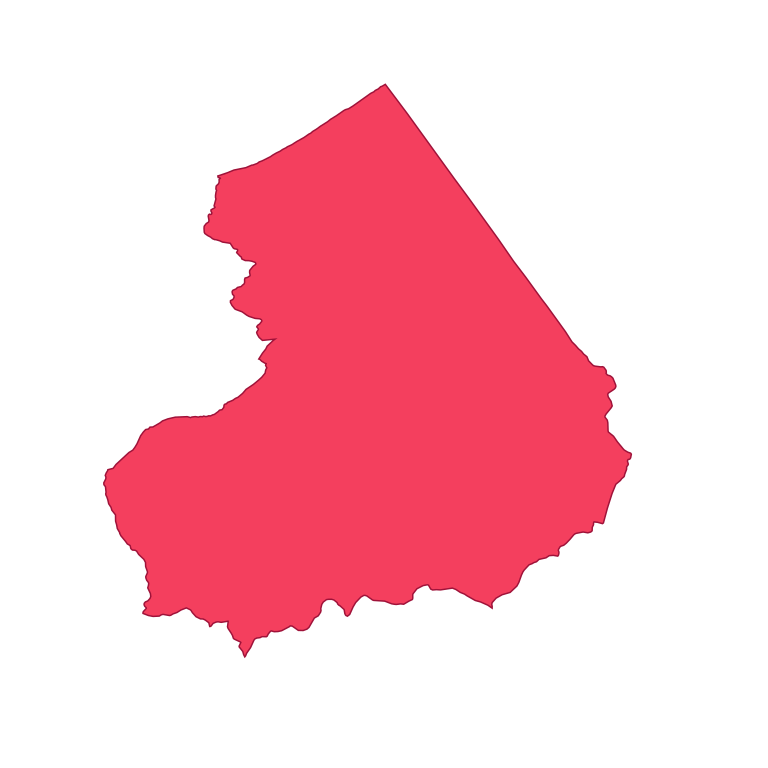 outline of Chepen, La Libertad, Peru, rotated 101°
{"feature_id": "86281439B86274987783552", "entity_name": "Chepen", "entity_type": "district", "adm_level": 2, "iso_a3": "PER", "parent_name": "Peru", "parent_adm1": "La Libertad", "projection": "mercator", "projection_center": [-79.436, -7.136], "detail": "fine", "context": "isolated", "style": "filled", "palette": "rose", "viewbox_px": 768, "rotation_deg": 101, "n_neighbors": 0, "source": "geoboundaries", "source_scale": "gbopen_adm2", "svg_char_len": 6165}
<svg xmlns="http://www.w3.org/2000/svg" viewBox="0 0 768 768"><g transform="rotate(101 384 384)"><path d="M583.4,235.1L581.6,235.4L579.6,236.2L577.9,236.1L572.8,233.1L568.3,227.8L564.5,220.4L557.0,215.0L553.1,213.8L545.3,212.6L542.0,211.8L539.9,210.9L533.8,207.1L532.0,204.2L530.7,202.8L529.4,200.4L526.6,198.4L523.7,191.8L521.0,189.1L519.9,185.1L519.8,180.6L518.8,180.1L517.0,180.0L515.6,180.2L514.1,181.1L512.9,181.1L510.2,180.1L509.4,179.3L508.0,176.8L505.5,174.7L500.8,171.7L495.9,169.0L494.9,168.2L493.9,166.8L491.3,160.3L491.2,155.5L489.9,152.9L489.0,152.0L488.2,151.7L484.9,152.2L482.2,151.5L480.3,151.8L479.3,151.5L479.0,148.0L479.4,142.9L478.5,142.1L463.1,141.0L447.8,139.2L438.2,137.3L433.5,133.5L431.6,132.6L429.5,130.9L428.6,130.5L426.8,130.5L421.6,129.6L419.0,130.0L416.9,129.0L416.0,128.9L413.3,130.3L412.3,130.3L411.5,129.9L411.1,128.8L410.4,128.1L409.3,127.8L405.7,127.8L404.8,128.7L404.4,131.7L403.0,135.5L402.0,136.9L396.2,143.9L391.5,148.7L388.4,154.5L387.3,155.1L379.3,156.9L376.9,157.9L374.4,160.7L373.3,161.0L371.0,160.2L363.9,156.4L362.0,155.8L357.7,157.8L353.9,161.4L351.6,162.4L350.2,162.1L345.1,157.0L344.0,156.3L342.4,155.9L340.9,156.3L334.6,160.4L333.5,162.0L332.8,163.7L332.6,166.3L331.3,168.0L329.9,168.0L328.2,168.6L325.6,171.4L325.3,172.7L325.8,174.4L326.2,180.4L326.0,181.9L325.2,183.3L322.2,187.6L318.5,190.0L316.5,193.8L314.3,196.3L312.3,199.9L309.6,203.3L306.8,207.5L298.0,215.9L276.6,238.7L270.4,245.7L252.0,265.4L238.9,280.1L220.3,299.1L185.4,336.3L169.0,354.2L114.0,412.9L89.6,439.9L92.0,442.6L92.8,444.0L95.4,445.9L97.5,448.6L99.1,449.7L101.2,452.5L117.2,467.7L120.6,471.4L122.1,474.3L123.4,475.8L129.9,482.1L134.3,486.9L137.4,489.5L142.9,495.4L146.8,499.0L149.7,502.2L152.0,504.0L152.8,505.2L157.5,509.8L162.6,515.9L166.9,520.4L169.7,524.3L170.6,525.0L173.2,528.4L175.2,530.3L177.8,533.8L180.6,537.0L182.5,538.8L188.2,546.2L189.9,549.0L191.6,550.4L194.1,554.5L194.4,555.6L198.0,560.9L202.6,572.1L206.6,578.2L211.5,586.8L212.9,586.2L212.9,584.6L213.3,584.0L214.7,584.9L217.5,584.3L219.3,584.8L221.4,586.4L222.3,586.5L224.7,586.2L225.9,585.3L227.6,585.5L230.9,585.4L233.0,585.0L234.4,584.3L241.6,584.8L242.7,583.6L243.4,583.9L246.0,587.0L247.2,586.9L248.9,585.6L250.1,585.7L250.6,586.3L250.6,587.8L251.5,588.5L252.7,588.6L256.9,587.0L258.5,587.1L260.4,589.1L263.4,590.6L265.4,590.4L269.3,589.4L270.5,588.5L271.9,585.5L272.9,582.2L274.1,580.1L274.6,577.7L274.4,576.5L274.8,572.4L275.5,569.7L275.2,561.8L279.2,558.0L279.8,556.8L279.8,553.9L280.3,553.2L281.6,553.2L282.8,553.8L283.4,553.4L286.1,549.5L286.6,548.3L288.3,547.5L288.5,547.1L289.3,543.8L288.7,540.1L288.7,537.1L289.2,533.8L289.9,533.0L290.6,532.7L291.3,533.0L293.4,535.0L297.5,537.2L298.5,537.5L300.3,537.2L302.8,536.1L303.5,536.3L305.4,538.3L306.5,540.6L308.0,540.8L311.0,540.2L312.5,540.5L314.1,541.9L315.5,542.7L317.2,546.3L318.9,547.4L320.8,550.2L321.7,550.6L322.6,550.7L324.8,549.8L326.1,548.1L327.4,547.7L329.3,548.2L330.0,548.7L331.5,550.6L333.1,550.4L335.9,548.2L338.8,544.7L339.1,543.8L340.2,537.1L342.6,531.9L343.4,529.4L344.2,523.0L343.7,518.4L344.3,516.7L345.0,516.1L345.8,516.0L348.9,517.6L350.1,518.9L351.6,519.7L352.2,519.8L353.8,517.9L354.4,517.7L356.9,518.7L357.9,518.8L359.5,517.8L362.1,515.5L364.4,511.7L360.8,499.6L362.2,500.9L369.1,505.9L372.2,506.7L377.0,509.2L383.4,511.7L383.6,510.5L385.0,508.4L386.5,504.3L386.5,503.6L388.3,503.8L390.5,502.1L392.7,502.8L396.1,502.8L400.7,505.3L404.3,508.0L409.4,512.2L415.6,518.4L420.2,521.0L424.9,524.8L426.5,527.1L428.9,529.4L432.0,534.1L433.4,534.8L434.2,536.4L435.2,537.0L437.5,536.8L440.1,538.1L441.1,540.5L442.6,541.4L446.3,544.8L446.8,546.0L448.4,548.2L448.7,550.1L449.6,551.5L450.0,552.9L449.9,554.9L450.7,555.9L451.0,558.2L451.9,559.9L452.0,563.0L453.1,566.4L453.9,567.5L453.6,570.9L456.4,582.6L459.4,589.4L462.5,594.4L465.0,596.6L470.3,602.7L471.0,605.5L473.1,606.6L474.2,609.3L477.1,611.1L481.2,613.0L489.7,615.0L493.8,616.5L496.9,618.0L499.9,621.3L514.1,631.7L518.5,633.8L520.8,638.7L522.0,638.8L524.0,639.6L526.9,640.2L528.5,639.2L530.2,639.0L534.5,640.2L536.3,639.7L538.0,637.8L543.3,636.2L545.0,636.2L546.2,635.7L547.6,634.6L550.4,633.0L554.1,631.4L557.2,628.4L559.8,627.1L563.7,622.6L569.9,621.3L573.2,619.6L576.8,618.2L580.2,615.2L581.1,614.9L583.2,613.3L587.8,607.7L590.0,605.4L591.0,602.4L593.7,601.2L594.3,600.6L595.0,599.3L594.7,596.7L595.2,595.0L598.1,592.3L601.9,586.3L604.6,584.1L608.8,583.1L613.2,580.5L614.5,580.2L618.4,581.1L619.7,580.8L621.9,579.5L623.7,577.5L624.4,577.0L626.5,576.8L629.2,577.0L634.3,573.3L637.1,572.4L639.2,572.8L642.0,574.5L643.5,576.7L645.0,577.5L646.0,577.5L646.8,577.2L647.9,576.4L649.0,574.7L649.6,574.5L653.1,576.7L654.0,577.0L655.2,576.8L656.2,571.1L656.2,566.3L654.7,560.3L653.1,558.6L652.3,557.0L652.2,550.3L651.7,549.2L649.9,547.2L647.8,543.6L644.6,540.2L641.5,535.3L642.6,531.0L643.1,530.2L645.0,528.5L648.3,524.1L649.6,519.4L649.2,516.6L649.9,514.2L651.8,510.4L655.3,508.8L655.0,507.9L654.3,507.4L651.6,506.1L649.8,503.5L649.1,501.6L649.0,498.3L646.6,491.8L646.9,491.6L652.2,491.3L653.7,490.4L657.7,486.5L659.7,484.8L662.4,483.3L663.0,482.3L664.7,475.5L665.0,475.2L668.9,476.2L669.7,476.0L673.5,471.6L676.5,470.1L678.4,468.6L677.3,468.0L674.6,467.5L668.2,464.7L660.3,462.8L658.9,462.1L657.7,460.5L656.6,457.2L655.3,455.6L654.5,451.2L653.9,450.6L651.4,449.9L648.5,448.3L647.9,447.5L648.1,444.5L647.2,440.8L645.7,437.4L640.1,430.4L639.3,429.9L639.2,427.8L642.2,421.1L641.4,416.3L639.3,412.8L637.2,411.2L627.0,407.7L624.1,404.3L620.1,402.7L618.4,402.6L616.5,403.2L612.2,403.0L609.6,402.0L606.6,399.3L605.9,397.3L605.3,394.2L605.6,391.9L607.5,388.3L608.8,387.5L609.7,386.2L610.2,384.7L613.0,380.1L616.7,378.7L617.9,377.9L618.5,377.2L618.9,375.6L616.8,373.7L608.7,371.8L603.9,370.1L597.5,366.0L595.4,363.5L595.1,362.3L595.3,360.4L598.2,354.1L598.4,352.8L597.0,341.9L598.3,334.5L598.2,331.2L598.0,329.7L596.7,325.9L596.4,322.6L592.4,318.1L590.1,315.0L588.7,314.9L585.2,315.6L584.2,315.4L578.7,312.6L574.4,307.1L572.8,303.1L573.0,301.9L576.4,299.0L576.9,297.0L575.9,293.4L575.3,289.2L571.3,277.9L572.0,274.2L574.0,269.4L574.9,264.8L576.0,262.3L579.1,253.1L579.5,247.8L581.3,239.9L583.4,235.1Z" fill="#f43f5e" stroke="#9f1239" stroke-width="1.5"/></g></svg>